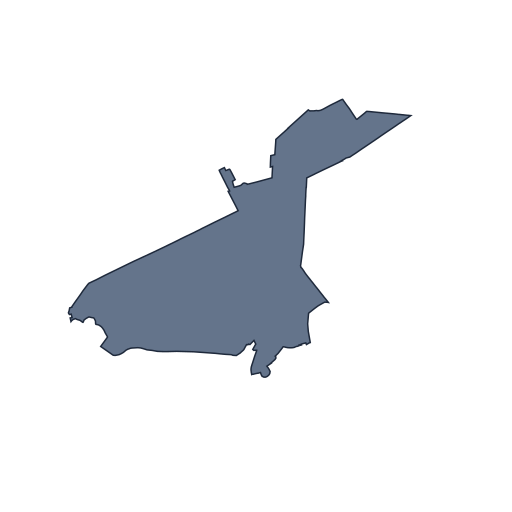 Chiajna, Bucharest, Romania, rotated 158°
{"feature_id": "2599482B24366344926060", "entity_name": "Chiajna", "entity_type": "district", "adm_level": 2, "iso_a3": "ROU", "parent_name": "Romania", "parent_adm1": "Bucharest", "projection": "mercator", "projection_center": [25.969, 44.45], "detail": "fine", "context": "isolated", "style": "filled", "palette": "slate", "viewbox_px": 512, "rotation_deg": 158, "n_neighbors": 0, "source": "geoboundaries", "source_scale": "gbopen_adm2", "svg_char_len": 5666}
<svg xmlns="http://www.w3.org/2000/svg" viewBox="0 0 512 512"><g transform="rotate(158 256 256)"><path d="M258.0,349.3L258.0,348.8L258.0,348.5L258.0,348.0L257.9,346.2L257.7,344.5L257.7,343.9L257.6,343.2L257.6,342.3L257.4,340.1L257.3,339.5L257.4,339.2L257.3,338.8L257.1,336.6L256.8,332.7L256.6,330.2L256.2,327.7L256.1,326.7L256.1,326.2L257.6,326.4L256.1,310.6L255.9,308.3L255.6,304.7L256.5,304.6L257.7,304.5L258.6,304.4L260.6,304.3L272.9,303.4L280.7,302.9L295.4,301.8L296.4,301.7L298.0,301.5L302.4,301.2L304.3,301.0L312.7,300.5L318.9,300.1L321.9,299.8L330.5,299.2L340.8,298.5L350.8,297.9L370.9,296.9L375.5,296.6L403.1,294.7L410.9,294.0L413.1,293.8L417.0,293.6L420.1,293.4L420.9,293.4L421.9,293.0L422.7,292.6L429.4,288.6L432.5,286.5L435.6,284.5L440.2,281.6L445.7,278.0L445.9,277.5L448.2,277.7L449.8,275.2L451.2,273.6L451.2,272.9L450.9,271.6L449.1,271.3L449.6,267.8L451.5,268.2L452.1,264.5L451.1,265.1L449.5,265.6L448.9,265.7L447.8,265.6L446.9,265.6L445.7,264.2L444.7,263.4L443.3,262.3L442.8,261.5L441.9,260.0L441.6,259.5L441.3,259.3L440.9,259.5L440.6,259.8L439.7,260.8L439.5,261.0L438.8,261.2L437.2,261.7L436.4,261.8L434.1,262.1L433.7,262.0L433.3,261.8L431.5,260.5L429.8,259.5L429.6,259.2L429.4,258.5L429.3,257.4L429.2,256.3L429.2,255.8L429.4,255.3L430.1,253.2L430.1,252.8L429.9,252.5L429.1,252.0L428.1,251.3L427.8,251.1L427.2,250.3L426.2,248.9L425.7,247.8L425.4,247.0L425.2,246.2L424.8,244.5L424.7,243.5L424.6,241.2L424.3,239.1L424.0,236.9L424.0,236.7L424.1,236.4L433.9,230.3L427.6,220.6L425.6,217.5L423.9,216.6L421.9,216.2L419.8,215.8L418.7,215.9L417.8,215.9L415.0,216.3L411.7,217.4L409.6,217.6L408.8,217.5L407.1,217.5L405.7,217.2L400.0,215.3L397.3,213.9L394.2,211.5L392.2,209.8L387.7,207.4L383.1,204.5L378.9,202.6L377.3,201.9L374.6,200.8L365.2,197.3L349.6,190.5L330.0,180.9L325.5,178.5L322.0,176.7L320.4,175.9L317.8,174.7L315.8,173.7L314.6,172.6L313.4,172.0L311.5,171.1L308.6,171.7L307.2,171.9L305.4,172.6L302.9,173.5L302.2,173.9L302.0,174.1L301.8,174.2L300.2,175.6L299.5,176.1L298.8,176.7L298.0,177.4L296.8,176.7L296.1,177.2L294.8,176.2L289.5,178.5L289.3,175.3L289.2,174.4L289.8,174.0L290.8,173.2L294.0,170.6L293.4,169.3L293.0,169.2L292.6,169.1L290.7,168.3L291.0,167.8L294.9,163.4L299.2,158.2L300.4,156.8L302.0,154.8L302.5,153.9L302.8,153.4L303.3,152.3L304.1,149.3L304.1,149.0L304.4,147.7L303.7,147.7L303.4,147.6L302.9,147.4L301.9,147.3L300.5,147.1L298.4,146.7L297.8,146.5L296.1,146.4L295.5,146.3L295.6,145.0L295.6,143.8L295.6,143.3L295.4,142.1L295.1,142.0L294.8,141.5L294.6,141.3L294.3,140.9L293.3,140.4L292.5,140.1L291.5,140.1L290.5,140.2L288.7,140.8L288.1,141.2L287.3,141.8L286.5,143.1L286.2,143.5L286.2,143.9L286.2,144.4L286.3,145.0L286.3,145.8L286.6,147.6L287.1,149.2L287.1,149.4L287.2,149.8L283.7,150.5L282.3,150.8L282.5,151.0L277.2,152.9L275.8,153.9L275.8,154.1L275.4,155.0L275.8,155.8L275.6,156.1L275.1,156.2L274.8,156.3L273.9,156.7L272.6,157.2L271.9,157.5L271.4,157.8L266.7,160.5L265.6,161.2L264.8,161.7L264.3,161.5L264.0,161.2L263.2,160.7L262.4,160.0L261.6,159.6L261.1,159.2L259.6,158.5L258.7,158.1L257.7,157.7L256.8,157.4L256.2,157.2L254.6,156.9L253.9,157.0L253.4,157.0L252.3,157.0L251.8,156.8L250.7,156.7L249.7,156.7L249.6,157.3L248.4,157.2L248.2,156.6L247.1,156.5L247.1,156.8L247.1,157.3L246.3,157.3L244.1,157.0L242.4,156.8L242.4,155.9L242.4,155.0L239.6,155.4L239.2,155.5L238.6,155.4L238.1,155.4L235.7,166.8L235.5,167.3L233.5,173.8L228.7,183.2L228.2,183.4L225.8,184.1L223.5,184.8L221.0,185.5L217.6,186.4L215.9,186.7L212.8,187.1L209.6,187.5L208.3,186.9L207.0,186.3L206.8,186.1L206.3,185.8L206.4,186.2L207.1,188.5L208.6,193.3L208.6,193.5L209.8,197.5L210.5,199.9L210.7,200.8L211.0,201.7L211.2,202.3L211.3,202.8L212.1,205.3L212.8,207.7L213.4,209.9L214.2,212.4L214.7,214.3L215.6,217.2L216.5,220.4L217.0,222.5L217.3,224.3L218.0,227.3L218.7,228.8L218.4,229.4L218.4,230.3L218.0,230.8L216.8,232.9L213.8,238.2L211.3,242.6L209.4,245.8L207.5,249.0L205.7,253.0L205.2,254.1L202.8,259.3L199.0,267.7L196.3,273.8L195.6,275.3L193.4,280.1L189.1,289.5L187.5,292.8L186.9,294.3L185.2,298.0L184.2,300.0L183.8,300.9L183.6,300.9L179.7,309.4L170.8,310.0L170.2,310.1L168.4,310.2L160.9,310.7L150.5,311.3L141.4,311.9L141.1,311.9L141.5,312.2L140.4,312.4L138.7,312.6L137.2,312.8L136.3,313.0L135.6,313.1L131.9,312.6L129.2,313.2L126.6,313.7L125.0,314.0L122.4,314.6L118.0,315.6L114.6,316.3L112.3,316.8L104.8,318.4L102.4,318.9L100.3,319.4L99.2,319.6L96.7,320.2L95.0,320.6L92.7,321.1L90.4,321.6L89.5,321.8L85.2,322.7L81.9,323.4L76.0,324.7L73.9,325.2L73.1,325.3L69.5,326.1L66.0,326.8L63.3,327.4L60.7,328.0L59.9,328.2L62.5,329.6L63.2,329.9L64.1,330.4L64.5,330.6L66.7,331.8L67.7,332.3L69.9,333.5L70.8,333.9L73.5,335.4L78.9,338.2L83.8,340.7L85.8,341.7L86.1,341.9L91.1,344.5L93.4,345.7L94.2,346.1L96.6,347.4L98.3,348.2L99.0,348.6L99.3,348.6L99.8,348.5L102.0,347.7L110.2,345.2L110.9,345.0L111.0,344.9L111.4,345.0L111.7,345.3L111.9,346.2L112.5,349.0L113.6,354.4L113.6,354.6L114.3,358.0L115.5,362.4L116.7,367.5L116.9,368.6L117.2,368.9L118.4,368.9L127.6,368.2L131.2,367.9L137.9,367.1L139.1,367.0L141.2,366.9L142.7,367.1L144.2,367.5L145.3,368.2L148.0,368.9L151.8,370.4L152.8,371.9L178.3,362.6L178.1,362.4L193.9,356.7L195.4,353.5L200.4,343.3L200.6,342.9L204.7,343.5L207.7,337.0L209.4,333.1L207.1,332.8L211.9,322.5L227.8,324.4L237.1,325.7L237.0,326.0L238.2,327.1L239.6,328.1L240.5,328.2L240.9,328.2L241.3,328.0L242.2,327.7L243.6,327.2L245.4,327.3L246.4,327.4L250.5,327.9L250.3,331.2L250.0,333.4L249.9,333.9L249.6,334.1L249.2,334.3L249.0,334.2L246.7,334.6L247.0,338.0L247.4,342.4L247.4,342.5L247.8,345.8L247.9,346.1L248.3,346.5L249.1,346.5L250.6,346.5L251.4,346.5L251.7,346.6L252.0,346.6L252.2,349.8L254.6,349.7L256.5,349.5L258.0,349.3Z" fill="#64748b" stroke="#1e293b" stroke-width="1.5"/></g></svg>